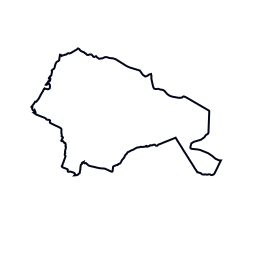 Sistan and Baluchestan, Mercator projection, rotated 108°
{"feature_id": "IRN-3247", "entity_name": "Sistan and Baluchestan", "entity_type": "Province", "adm_level": 1, "iso_a3": "IRN", "parent_name": "Iran", "parent_adm1": "", "projection": "mercator", "projection_center": [61.271, 28.254], "detail": "fine", "context": "isolated", "style": "outline", "palette": "ink", "viewbox_px": 256, "rotation_deg": 108, "n_neighbors": 0, "source": "natural_earth", "source_scale": "10m", "svg_char_len": 5430}
<svg xmlns="http://www.w3.org/2000/svg" viewBox="0 0 256 256"><g transform="rotate(108 128 128)"><path d="M143.2,31.5L144.6,31.7L145.3,32.0L145.9,32.4L146.8,33.6L147.0,34.2L146.8,35.6L146.9,36.2L147.1,36.9L147.8,38.1L148.1,38.8L148.1,39.7L148.2,40.1L148.7,41.1L149.0,42.1L149.1,42.7L149.1,43.3L148.9,44.0L148.4,45.0L148.5,45.4L148.6,47.6L148.4,47.9L148.4,48.4L148.4,48.5L148.5,48.6L148.0,49.1L145.8,51.9L142.3,56.0L139.2,59.8L137.0,62.4L134.1,65.9L132.6,67.8L130.3,70.4L126.1,75.5L124.1,77.9L122.5,79.7L124.7,82.3L126.1,84.0L127.9,86.1L129.9,88.6L132.1,91.1L134.3,93.8L134.8,94.2L135.4,94.5L135.9,94.8L136.1,95.6L136.1,96.2L135.7,97.3L135.7,97.9L136.0,98.5L136.9,99.5L137.2,100.0L137.3,100.4L137.4,101.1L137.5,101.5L137.8,101.8L138.0,101.9L138.3,101.9L138.6,102.1L138.9,102.5L139.0,103.1L139.2,103.5L139.7,103.7L139.9,103.9L140.0,104.2L139.9,104.5L139.7,104.8L139.5,105.0L139.4,105.1L139.5,105.3L139.7,105.5L140.0,105.6L140.3,105.9L140.6,106.2L141.7,108.8L141.9,109.5L141.9,110.0L142.1,110.4L142.9,111.3L143.6,113.0L144.4,114.0L147.2,116.5L148.3,118.0L150.1,119.6L150.9,120.6L151.4,120.9L153.0,121.3L154.3,122.1L155.2,122.3L157.0,122.5L157.8,122.7L160.1,123.7L163.7,124.4L164.4,124.8L164.7,125.2L165.0,125.6L165.2,126.0L165.7,126.2L166.1,126.3L166.4,126.5L166.6,126.8L166.8,127.4L167.2,128.0L168.9,129.9L169.4,130.2L173.9,129.3L174.5,129.7L174.6,130.8L174.2,133.9L173.8,137.4L174.3,139.6L175.0,142.5L175.2,144.3L175.4,146.8L175.5,148.3L175.8,151.2L175.9,152.8L175.8,154.0L174.3,157.2L174.9,157.9L175.0,158.2L174.9,158.7L174.8,159.2L174.7,159.5L174.4,159.7L174.0,159.7L175.1,160.8L175.5,161.0L175.8,161.0L176.1,160.8L176.3,160.7L176.5,160.8L177.2,161.2L178.0,161.4L178.8,161.3L180.3,161.0L181.0,160.9L182.5,160.4L183.2,160.4L183.6,160.5L184.0,160.4L185.5,160.0L186.1,160.1L186.8,160.8L187.1,160.9L187.8,161.2L188.0,161.3L188.3,161.7L188.7,162.2L189.6,164.3L189.1,164.1L188.6,164.1L188.0,164.3L187.7,164.8L187.6,165.1L187.3,165.5L187.2,165.9L187.2,166.2L187.3,169.6L187.6,170.2L187.9,170.7L188.1,171.2L188.0,171.8L187.6,172.1L186.5,172.3L186.1,172.5L185.9,173.0L185.7,177.4L185.4,178.6L184.8,179.2L184.5,179.2L184.3,179.1L184.1,179.0L183.9,178.9L183.6,178.8L182.8,179.0L181.7,179.0L180.7,178.8L178.2,178.8L176.1,178.7L174.3,178.7L174.0,178.8L173.8,179.0L173.5,179.5L173.3,179.7L173.1,179.8L172.9,179.9L172.0,180.1L171.8,180.1L171.5,179.9L171.2,179.9L171.0,180.0L170.8,180.2L170.5,180.4L170.0,180.6L165.4,181.1L165.2,181.2L165.0,181.3L164.7,181.7L164.6,181.9L164.3,181.9L163.7,181.9L163.3,182.0L162.9,182.3L162.7,182.4L162.2,182.6L161.9,182.8L161.7,183.0L161.7,183.3L161.8,183.5L161.9,183.8L161.6,184.4L160.8,185.2L160.6,185.6L160.7,186.3L161.0,186.8L161.0,187.2L160.4,187.6L159.4,187.4L158.2,187.0L157.2,186.9L156.7,187.6L156.6,188.3L156.4,188.6L155.3,188.8L154.7,189.0L154.2,189.3L153.2,189.9L150.0,190.8L149.3,191.3L148.9,192.2L148.7,193.1L148.4,194.9L148.2,196.6L148.0,198.4L147.6,200.9L147.3,203.1L147.2,203.6L146.8,204.1L146.3,204.2L145.8,204.2L145.2,204.3L144.6,205.1L144.8,206.2L145.1,207.4L145.0,208.4L144.8,208.7L144.4,209.1L144.2,209.4L144.2,209.8L144.0,211.6L143.9,214.1L143.7,217.1L143.5,219.6L142.7,222.1L142.5,221.7L142.4,221.2L142.0,220.9L141.9,220.7L141.5,220.8L141.4,220.9L141.4,221.4L141.3,221.6L141.7,222.1L141.9,222.2L141.3,222.1L140.8,221.9L140.4,221.9L139.8,222.4L140.4,222.6L140.7,222.8L140.9,223.0L140.8,223.3L140.4,223.8L140.2,224.2L140.2,224.3L140.0,224.6L139.6,224.9L138.1,225.3L138.5,225.6L137.9,226.4L133.3,224.8L131.7,224.5L131.7,224.0L131.3,223.3L127.5,221.9L123.1,221.2L119.3,220.3L116.8,220.0L116.3,219.7L116.7,219.3L116.1,218.4L116.0,218.0L116.0,216.3L115.9,216.0L114.9,215.0L114.5,214.8L114.0,214.7L113.5,214.8L111.7,215.4L111.2,215.6L111.0,216.0L110.5,216.5L110.3,216.9L110.3,217.1L110.4,217.3L110.5,217.9L110.6,218.0L110.8,218.0L111.1,218.1L111.4,218.1L111.5,218.2L111.6,218.4L111.9,218.7L111.6,218.6L112.3,219.1L112.3,219.5L112.0,219.4L111.1,219.1L110.0,218.6L109.4,218.3L108.3,218.3L107.5,217.7L107.7,217.2L107.8,217.1L107.5,216.9L107.0,216.8L106.0,216.9L105.2,217.0L104.8,217.3L104.8,217.5L105.5,218.1L105.3,218.6L104.5,218.6L104.0,218.3L103.7,218.2L102.8,218.0L102.6,217.9L102.3,217.5L101.8,217.2L100.8,217.3L99.5,217.5L98.0,217.6L97.0,218.3L95.9,217.9L94.7,216.8L93.5,216.5L90.4,216.7L89.1,216.7L87.1,216.2L85.8,214.9L84.8,214.4L83.3,214.7L80.1,215.2L79.3,215.3L79.2,214.6L79.9,214.3L79.9,213.8L80.0,213.3L79.5,213.1L79.3,212.8L78.3,211.1L77.8,210.7L77.5,210.2L77.3,209.6L76.8,209.1L76.0,208.7L75.4,208.1L75.3,207.0L74.4,205.6L69.3,201.1L68.3,200.4L67.9,200.3L67.8,199.7L68.0,198.8L68.5,198.0L68.8,197.8L69.3,196.5L69.5,195.4L69.5,193.5L69.8,192.8L70.2,192.3L70.1,191.3L70.6,190.7L71.1,189.5L70.8,188.3L69.9,187.2L69.4,185.5L70.1,184.1L70.9,183.0L70.9,182.0L70.0,181.2L69.6,180.5L70.4,179.2L71.1,176.9L69.7,174.0L67.6,171.6L67.1,169.5L67.2,167.6L67.0,166.4L66.4,163.9L66.4,160.9L69.5,148.6L69.9,145.1L69.7,134.5L72.8,130.4L73.7,127.6L72.7,126.0L70.5,124.3L69.5,122.8L71.0,121.9L74.1,120.9L80.4,117.2L81.6,116.3L82.4,115.4L82.5,114.2L82.2,113.0L81.4,111.4L81.4,108.8L81.0,106.8L81.4,104.8L83.6,101.3L84.5,98.2L84.5,95.5L83.6,88.9L82.5,86.2L81.3,85.4L80.7,84.7L80.9,82.1L86.5,56.2L87.3,55.8L107.7,50.0L109.1,50.3L110.1,51.3L110.7,51.8L113.2,52.5L116.6,55.0L120.8,61.1L123.1,63.0L126.7,62.8L127.7,62.5L128.1,61.8L128.1,60.8L126.8,54.7L126.6,52.3L127.2,44.1L128.5,39.4L130.2,35.3L130.6,31.4L130.1,29.6L134.7,30.3L140.0,31.0L143.2,31.5Z" fill="none" stroke="#020617" stroke-width="2"/></g></svg>